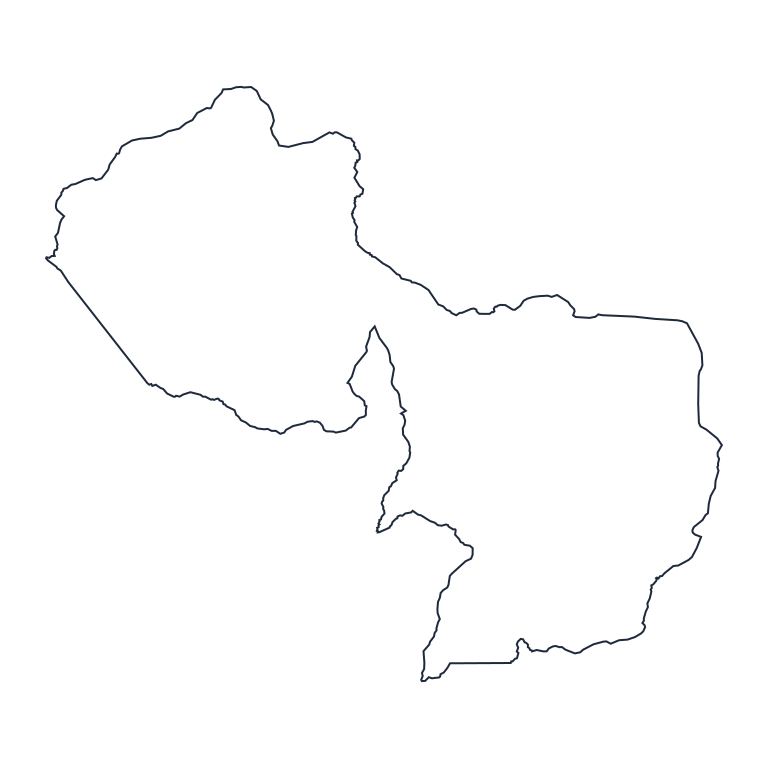 Espejo, Carchi, Ecuador (Mercator projection)
{"feature_id": "8360857B16708852637049", "entity_name": "Espejo", "entity_type": "district", "adm_level": 2, "iso_a3": "ECU", "parent_name": "Ecuador", "parent_adm1": "Carchi", "projection": "mercator", "projection_center": [-78.037, 0.708], "detail": "fine", "context": "isolated", "style": "outline", "palette": "slate", "viewbox_px": 768, "rotation_deg": 0, "n_neighbors": 0, "source": "geoboundaries", "source_scale": "gbopen_adm2", "svg_char_len": 6081}
<svg xmlns="http://www.w3.org/2000/svg" viewBox="0 0 768 768"><path d="M643.8,618.5L645.8,611.5L647.9,607.2L647.4,603.4L649.8,598.3L651.4,591.5L650.7,589.7L651.8,588.0L651.3,585.4L653.1,584.5L656.1,581.0L656.8,579.3L656.0,578.2L656.9,577.6L658.5,578.5L659.9,576.3L662.1,576.0L664.4,573.3L673.4,566.0L678.3,565.5L688.5,560.0L691.9,557.1L696.6,548.3L701.1,536.9L695.0,534.6L692.7,532.5L692.4,530.3L693.8,527.1L702.5,520.1L705.5,515.1L707.9,513.3L708.8,503.8L710.7,495.9L715.1,487.9L715.5,481.2L718.5,470.8L717.3,467.0L718.1,465.8L718.0,463.6L719.1,458.8L717.7,455.9L717.6,452.6L721.9,445.1L717.2,438.4L706.4,429.6L700.5,426.3L698.9,422.8L698.2,404.0L698.6,375.8L699.7,370.8L700.9,369.4L702.4,365.4L701.7,352.9L698.2,343.8L687.0,323.3L682.4,321.3L677.5,320.3L655.2,318.9L634.2,316.6L602.1,315.2L598.4,314.4L595.3,316.8L589.5,317.9L575.6,317.0L573.1,315.3L574.6,311.3L574.1,309.1L570.3,305.3L568.1,302.0L557.1,295.0L551.7,296.9L547.7,295.7L539.9,296.1L533.3,296.9L527.5,298.6L523.7,300.7L520.3,305.8L514.9,309.8L512.6,309.6L505.4,305.1L500.4,304.9L497.5,305.8L496.8,306.7L495.3,306.7L493.8,308.5L494.4,311.4L493.1,312.3L492.0,312.0L489.5,313.9L479.3,313.8L476.7,311.5L476.3,309.6L473.8,308.5L470.9,309.0L462.1,312.8L459.6,312.9L456.3,315.3L451.5,313.0L450.1,311.1L446.6,309.9L443.3,306.4L438.3,304.5L428.5,290.0L420.6,284.8L414.8,282.6L411.9,282.4L410.7,280.8L401.4,278.5L399.5,275.1L396.8,274.1L389.7,267.2L382.8,263.3L375.3,257.3L371.9,256.4L371.7,255.1L369.8,254.6L369.8,253.2L367.6,252.8L365.1,251.3L357.8,244.7L358.0,243.1L356.3,240.8L356.4,236.0L355.8,235.1L356.0,230.9L357.2,227.0L354.2,221.8L354.6,220.1L352.8,217.6L351.9,213.6L353.0,212.9L352.5,211.8L355.5,206.2L354.4,202.7L355.3,201.6L354.6,200.3L355.2,199.3L354.9,198.0L356.0,197.6L356.7,196.4L359.6,196.4L360.5,194.5L362.4,193.8L363.2,189.2L359.6,186.2L354.4,177.7L357.3,172.0L354.3,167.8L355.3,165.6L355.6,162.7L357.2,162.1L357.0,160.4L358.2,160.5L359.7,159.0L359.6,154.3L357.8,150.6L355.5,149.1L355.3,146.8L353.9,145.9L354.3,142.7L352.0,140.4L351.3,138.7L345.9,137.4L336.8,132.3L334.7,132.3L332.9,133.7L329.4,132.4L312.5,141.9L303.2,143.1L288.4,146.9L279.0,145.5L277.5,141.3L272.7,134.5L270.9,128.1L272.4,125.5L273.9,120.7L272.2,113.7L270.8,110.4L268.0,105.0L260.7,99.4L256.8,91.0L251.1,87.0L243.5,87.5L241.7,86.9L236.3,87.2L230.9,89.0L223.1,89.4L221.6,92.9L214.9,99.8L211.1,107.8L209.8,108.4L206.8,108.0L197.2,113.0L192.5,120.0L185.9,123.2L179.3,128.6L168.1,131.4L160.7,135.8L151.4,137.8L140.3,138.7L132.0,140.5L121.9,146.4L120.1,149.6L119.2,152.9L118.6,153.7L116.7,153.6L115.3,156.7L109.7,164.5L108.2,169.7L101.5,178.4L95.9,180.1L92.8,178.1L84.9,179.8L75.4,184.0L71.4,184.7L67.0,188.0L63.6,188.8L62.8,191.0L61.4,192.5L61.3,194.8L56.8,200.8L55.9,205.2L56.0,207.7L57.1,210.0L64.1,216.2L61.4,219.7L60.0,223.3L58.0,232.8L55.2,236.5L57.6,244.6L57.0,246.1L57.3,248.4L56.6,249.9L55.3,249.8L54.3,250.9L53.9,253.9L54.7,255.9L51.8,256.0L49.3,257.8L46.5,257.3L46.1,258.3L48.0,260.5L56.5,266.9L57.3,268.4L60.8,270.6L68.4,282.2L147.4,383.2L149.3,384.7L151.3,384.0L152.3,385.9L155.8,384.7L160.5,388.0L163.1,388.9L167.1,393.5L173.6,396.7L174.8,396.8L176.1,395.8L179.6,396.6L183.2,394.5L190.4,392.2L200.5,394.8L202.8,396.6L205.4,396.7L211.1,399.7L212.6,399.2L214.0,399.9L217.3,398.6L218.6,398.8L219.5,400.4L222.7,401.6L223.5,404.2L225.1,404.5L226.5,406.3L234.6,410.2L236.2,414.9L238.4,416.5L241.1,420.3L245.9,422.5L250.2,426.0L255.0,427.1L257.2,428.4L264.3,429.3L267.6,428.9L271.7,430.9L275.9,430.9L280.3,433.8L284.3,432.5L286.0,429.9L293.1,426.0L304.4,423.4L307.6,421.7L312.7,421.1L314.7,421.9L316.8,421.4L319.9,422.7L322.6,426.0L323.9,429.8L326.3,431.3L333.5,431.6L335.8,432.6L345.7,430.6L349.5,427.8L351.2,427.4L359.0,418.1L364.4,416.5L365.9,414.9L365.8,410.6L366.5,406.2L364.8,405.4L364.2,401.1L359.1,396.6L356.5,395.9L354.1,393.6L352.6,391.5L349.7,384.0L347.5,382.9L351.9,376.6L355.3,365.8L366.5,351.9L366.9,350.8L366.1,346.6L369.6,337.0L370.0,332.1L374.7,326.4L379.4,338.0L387.0,348.1L388.3,350.8L389.6,354.9L390.4,362.1L393.2,366.1L394.0,368.7L391.6,382.1L392.2,384.6L394.8,389.0L397.2,391.0L399.0,394.4L400.7,406.5L405.8,410.8L401.0,413.5L403.4,415.2L405.2,420.7L404.5,424.9L402.8,428.2L403.1,434.6L408.3,441.9L409.9,446.7L409.5,451.1L410.2,452.4L409.4,457.7L406.3,463.3L403.3,465.9L403.2,469.2L401.2,470.9L398.7,470.6L397.3,472.9L397.6,474.0L396.0,477.5L396.7,480.3L392.3,483.1L390.9,486.3L389.3,487.2L388.7,490.8L384.2,495.3L383.2,498.1L383.2,500.6L382.2,501.5L381.6,503.5L383.4,507.1L383.1,508.9L384.1,510.5L384.5,513.5L381.6,516.8L381.0,519.4L379.3,520.1L379.6,521.1L378.5,523.5L379.5,524.4L378.5,525.2L378.6,527.2L377.1,527.8L377.5,529.0L376.8,530.9L377.9,531.2L377.7,532.4L379.5,532.1L389.6,527.6L389.9,526.4L391.4,525.2L392.5,522.1L396.0,518.7L397.4,518.3L397.5,516.6L398.4,516.0L400.4,515.4L402.4,515.8L405.2,513.5L411.2,512.4L412.7,510.8L418.0,514.6L421.2,515.4L430.2,521.1L434.9,522.7L437.8,525.2L441.7,525.7L445.9,524.5L448.0,525.1L448.5,526.5L452.9,529.3L455.1,529.3L455.7,530.1L455.1,534.7L459.1,539.0L460.7,542.1L463.0,542.9L464.4,544.8L469.8,545.7L472.7,548.2L472.6,554.9L471.0,558.7L465.6,561.2L451.6,573.9L449.8,576.0L448.5,584.8L447.3,587.5L443.0,590.3L440.6,593.1L439.9,597.6L438.0,602.0L437.4,609.4L437.7,613.3L439.8,619.1L438.1,622.3L436.4,628.5L436.6,630.3L434.6,633.0L434.0,636.5L430.0,641.8L429.3,644.5L423.5,651.2L424.4,663.0L424.1,669.1L422.0,672.9L422.7,676.0L421.2,679.9L421.9,681.1L425.2,680.9L428.8,677.2L432.0,678.3L439.3,677.4L440.2,676.3L440.5,674.2L443.7,672.6L447.4,667.9L450.0,663.3L510.7,663.0L511.2,661.4L512.6,661.4L515.0,658.8L517.0,658.2L518.4,652.9L516.8,651.5L518.2,647.7L516.8,644.5L517.8,641.7L520.7,638.9L523.1,639.3L524.6,642.3L526.1,642.8L527.9,644.5L527.9,647.2L529.4,648.2L530.1,650.0L531.9,650.5L532.1,651.4L536.6,650.0L543.5,651.4L546.7,651.3L548.8,648.5L552.9,646.4L555.7,646.0L559.7,647.2L561.8,647.0L565.5,649.7L574.9,653.4L580.2,652.3L583.1,649.7L593.5,644.3L603.5,641.6L606.4,641.4L610.7,643.7L619.2,640.2L627.6,639.6L635.1,637.0L641.0,633.5L643.2,631.4L645.1,627.1L644.6,625.2L642.4,623.0L643.9,620.7L643.8,618.5Z" fill="none" stroke="#1e293b" stroke-width="2"/></svg>